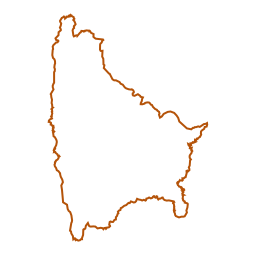 outline of Tlanchinol, Hidalgo, Mexico
{"feature_id": "50627088B11315942998338", "entity_name": "Tlanchinol", "entity_type": "district", "adm_level": 2, "iso_a3": "MEX", "parent_name": "Mexico", "parent_adm1": "Hidalgo", "projection": "robinson", "projection_center": [-98.632, 21.045], "detail": "fine", "context": "isolated", "style": "outline", "palette": "amber", "viewbox_px": 256, "rotation_deg": 0, "n_neighbors": 0, "source": "geoboundaries", "source_scale": "gbopen_adm2", "svg_char_len": 5779}
<svg xmlns="http://www.w3.org/2000/svg" viewBox="0 0 256 256"><path d="M184.7,216.3L186.9,212.5L186.4,210.5L187.4,207.5L187.8,204.0L187.4,203.4L184.7,202.6L184.8,201.5L183.4,200.7L183.0,200.0L183.1,199.2L182.6,198.7L183.0,196.0L182.7,195.6L183.1,195.0L183.7,194.9L183.2,194.6L182.8,195.0L182.5,194.7L182.7,193.0L183.8,191.7L183.0,192.1L183.5,191.0L183.3,190.9L182.6,191.6L182.2,191.0L182.6,190.0L183.4,190.1L183.3,190.6L183.6,190.4L183.9,190.2L183.5,189.8L183.8,189.8L184.5,188.8L183.0,189.6L182.9,190.0L182.4,189.1L182.0,189.2L182.3,188.5L181.4,187.6L181.9,186.6L180.8,187.6L180.2,186.8L179.1,186.6L178.4,185.4L177.9,185.1L177.1,183.0L177.5,182.4L177.9,182.8L178.2,182.4L178.4,182.6L179.7,180.4L179.9,180.7L181.1,180.3L182.1,180.7L182.8,180.0L182.4,178.3L184.0,178.2L184.7,177.4L185.6,177.2L186.7,173.0L186.5,171.0L187.3,170.6L188.0,171.4L189.4,170.1L189.3,168.6L188.8,167.4L189.7,165.6L190.1,160.2L190.9,159.5L189.7,157.8L189.6,156.1L189.9,155.2L191.6,152.8L191.7,151.6L192.3,151.0L192.2,150.8L192.0,151.2L191.0,151.1L191.3,151.0L191.3,149.0L191.7,147.8L190.8,148.0L190.5,148.5L189.9,148.3L190.1,147.8L189.8,146.9L190.0,146.1L189.1,145.8L188.9,145.3L189.2,145.0L188.4,144.8L188.2,143.9L190.0,144.8L190.6,144.5L190.4,145.5L191.1,145.3L190.6,143.3L191.6,143.3L192.7,142.3L193.1,142.8L193.8,142.2L194.4,142.4L195.2,142.0L194.8,141.9L195.0,139.7L196.1,140.1L196.8,138.7L197.6,139.0L198.2,138.0L200.0,136.9L200.0,136.4L200.7,135.7L201.2,134.3L200.9,133.6L201.0,131.6L201.7,130.6L204.2,128.8L204.7,127.0L206.6,126.6L207.2,124.7L207.0,123.1L205.9,123.8L203.9,124.1L199.8,126.9L198.2,126.4L195.9,127.2L194.9,127.1L193.8,127.9L193.0,127.8L191.3,129.3L186.9,128.4L179.3,121.5L178.2,117.9L176.6,115.5L174.2,112.9L170.5,111.5L167.7,111.9L163.7,113.9L161.8,116.5L160.0,117.6L159.0,114.7L159.5,113.5L159.0,111.8L157.2,110.5L156.9,109.8L155.1,109.0L152.9,106.8L152.0,105.0L150.8,104.6L149.8,103.1L149.0,102.5L147.2,102.4L145.1,102.9L144.6,103.6L142.2,104.3L140.7,104.2L140.8,103.1L141.8,101.0L142.1,99.0L142.9,97.4L140.6,96.8L140.2,95.9L137.9,94.2L134.6,95.8L133.2,95.5L132.7,94.8L132.7,93.4L133.8,92.4L133.8,91.5L133.1,90.2L131.8,89.3L131.2,89.6L128.8,89.3L126.2,88.4L124.8,87.4L122.8,84.7L120.6,83.7L119.6,82.1L115.9,80.3L114.1,80.3L112.5,79.3L109.7,73.8L109.0,73.6L103.8,68.0L104.4,65.2L103.5,64.4L103.3,58.8L102.2,56.6L102.5,50.8L101.0,51.0L100.5,50.7L100.0,49.6L100.1,44.7L100.4,43.7L101.7,42.5L102.3,40.3L102.8,40.4L103.3,40.0L103.0,39.5L95.8,38.7L94.7,38.0L93.4,36.8L93.6,34.1L91.0,32.8L90.0,31.1L89.7,30.8L89.2,31.2L89.0,30.7L88.6,30.6L86.1,30.4L85.5,30.8L84.7,30.8L84.5,31.4L83.8,31.5L83.8,31.1L81.4,30.9L80.8,32.3L80.1,32.6L77.4,35.8L77.3,35.2L77.2,35.6L76.3,35.3L73.9,36.4L73.4,35.5L72.6,30.3L73.2,28.8L74.1,28.0L73.8,26.9L74.1,25.9L74.4,25.9L75.6,24.2L74.4,21.2L73.3,20.0L74.3,18.9L73.9,18.5L73.7,17.2L71.8,16.1L71.5,15.5L70.9,15.7L70.7,15.4L70.5,15.9L70.0,15.4L69.4,16.1L69.2,15.5L68.9,15.6L67.9,16.8L66.6,16.6L66.3,17.5L65.1,18.5L65.0,17.4L64.2,17.1L64.2,16.8L63.9,16.5L62.6,17.6L61.8,17.9L60.0,20.9L60.2,21.8L61.2,23.5L60.7,25.8L59.9,27.6L60.8,29.3L60.8,30.3L58.6,32.2L58.5,35.2L55.5,38.3L56.1,39.9L58.1,40.5L58.4,41.0L57.5,42.3L56.1,42.5L54.9,43.7L53.5,45.0L52.7,46.6L53.1,49.1L52.7,49.9L52.3,55.1L53.0,57.9L54.4,59.3L55.0,61.1L55.1,63.6L54.7,64.5L54.3,67.4L54.9,69.1L54.7,71.3L54.1,72.1L54.1,82.8L53.6,83.4L52.7,85.8L52.8,87.5L53.5,89.4L50.7,94.1L51.1,94.8L51.3,97.0L52.0,99.8L51.6,103.1L52.1,104.5L52.3,107.4L52.9,107.6L51.5,109.0L52.0,109.3L52.2,111.4L51.8,111.6L51.8,112.0L52.3,113.2L51.7,115.4L51.9,116.0L51.1,116.5L52.0,118.5L50.1,119.3L48.9,120.6L48.8,121.6L49.1,121.5L49.5,121.8L49.4,122.1L50.9,122.7L51.1,123.4L50.7,124.6L52.2,125.3L52.3,125.9L52.9,126.2L53.4,126.0L53.7,127.7L52.9,127.9L52.8,129.1L53.4,130.2L52.8,130.5L53.4,131.2L53.2,131.6L54.0,131.8L53.5,132.4L53.0,132.1L53.6,136.3L54.8,137.1L56.2,139.5L56.7,141.0L56.8,142.1L56.2,145.2L54.8,147.8L55.2,148.3L55.1,148.8L54.1,149.8L54.0,149.6L53.7,150.4L54.2,151.1L54.1,151.6L54.4,151.4L55.2,151.9L55.1,152.4L57.4,154.3L57.9,155.7L58.9,156.2L59.1,155.9L59.5,156.4L58.7,156.9L58.4,158.3L57.5,159.6L56.0,160.5L55.7,161.6L55.2,161.7L54.9,162.5L55.0,163.7L54.5,164.6L54.9,166.3L56.1,168.0L56.8,170.2L58.4,171.1L60.1,173.3L60.0,173.7L60.7,176.6L62.3,179.7L62.9,182.2L61.3,185.5L62.0,189.9L63.1,202.3L67.0,204.7L67.7,209.0L68.7,210.9L70.2,212.1L71.4,215.4L72.1,220.3L71.8,222.0L71.3,223.0L70.0,230.7L71.0,231.4L71.3,233.4L72.9,236.1L73.3,239.3L74.4,238.3L75.0,238.3L75.3,238.6L75.2,239.4L75.7,240.2L76.7,239.6L78.2,240.6L80.0,240.2L81.0,239.2L82.0,239.2L81.9,238.3L83.1,235.0L83.3,229.7L83.7,229.2L84.5,229.2L85.3,228.5L85.9,225.7L87.9,223.0L89.0,225.8L89.6,226.3L90.7,226.6L93.4,226.4L95.4,226.6L97.5,228.4L100.7,227.8L102.7,228.2L103.4,229.2L104.4,228.0L105.5,227.9L106.0,228.8L106.3,228.5L106.3,227.7L108.9,227.3L110.1,226.2L110.0,225.6L109.2,224.8L109.7,222.0L110.5,221.5L112.0,222.0L113.1,221.9L114.5,219.9L115.9,219.5L115.9,217.2L117.1,215.8L117.5,214.1L118.4,213.3L117.9,211.8L118.9,210.6L120.4,210.0L120.8,208.1L122.0,207.6L124.2,205.8L126.2,205.1L128.5,202.9L129.7,203.1L130.9,201.4L133.8,202.5L135.1,202.2L136.1,201.1L137.1,198.8L138.7,199.5L140.9,199.9L142.1,200.5L143.8,199.8L145.5,200.6L146.0,200.2L146.4,198.6L147.6,198.4L149.1,197.5L150.8,198.4L152.4,197.8L153.0,196.7L153.9,196.1L154.3,196.2L154.6,197.1L155.5,197.7L156.3,197.3L156.6,196.3L157.2,196.5L157.5,198.3L158.3,199.5L159.4,198.6L160.5,198.6L162.2,197.5L162.7,197.5L163.3,198.9L164.5,200.0L166.7,200.6L168.9,200.4L173.8,201.4L174.0,201.8L173.5,201.8L173.5,202.5L173.1,202.7L173.0,203.2L173.8,203.9L174.3,206.7L174.0,207.0L174.3,208.4L174.0,208.9L174.4,209.4L173.8,210.2L174.1,211.5L174.5,211.4L174.2,212.0L174.9,213.4L175.2,215.1L175.9,216.1L179.0,217.4L181.4,216.7L183.3,216.7L184.7,216.3Z" fill="none" stroke="#b45309" stroke-width="2"/></svg>